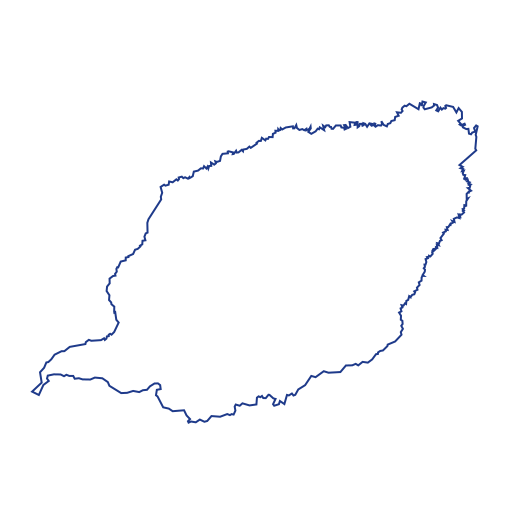 Atalaia do Norte, Amazonas, Brazil, rotated 7°
{"feature_id": "56859067B65485881106504", "entity_name": "Atalaia do Norte", "entity_type": "district", "adm_level": 2, "iso_a3": "BRA", "parent_name": "Brazil", "parent_adm1": "Amazonas", "projection": "mercator", "projection_center": [-71.422, -5.671], "detail": "fine", "context": "isolated", "style": "outline", "palette": "blue", "viewbox_px": 512, "rotation_deg": 7, "n_neighbors": 0, "source": "geoboundaries", "source_scale": "gbopen_adm2", "svg_char_len": 6096}
<svg xmlns="http://www.w3.org/2000/svg" viewBox="0 0 512 512"><g transform="rotate(7 256 256)"><path d="M57.4,420.4L60.7,409.9L65.5,405.3L63.5,403.1L63.9,400.1L69.8,398.1L76.5,397.4L80.1,398.7L82.3,397.0L85.3,397.8L89.2,397.3L91.0,399.9L95.1,398.9L98.9,399.6L106.6,398.8L110.9,396.3L118.4,396.1L124.3,399.2L126.3,402.7L138.9,408.5L144.8,407.5L150.5,404.9L156.7,405.3L160.1,403.0L164.1,402.1L166.6,398.3L170.8,394.9L174.2,394.4L176.6,395.8L177.6,399.7L173.9,400.9L173.7,406.4L175.4,407.4L182.3,417.5L188.1,418.1L192.2,420.2L203.4,417.9L206.5,422.7L210.4,425.9L208.6,428.3L209.4,429.6L211.7,428.2L216.5,428.4L220.2,425.2L225.0,426.8L227.7,425.7L231.3,420.3L240.0,419.9L246.7,416.4L249.5,417.1L251.1,415.9L253.1,416.1L254.4,412.0L253.2,408.1L254.0,405.9L258.1,406.6L260.5,403.9L267.8,405.1L274.5,403.3L274.2,396.5L275.7,395.0L277.5,395.6L279.0,394.2L280.5,396.1L283.0,395.9L285.3,392.2L286.3,392.2L290.6,395.2L292.8,395.5L291.0,401.0L292.3,402.4L296.8,400.3L297.4,397.0L302.2,399.5L303.7,390.1L305.6,390.4L308.4,388.1L310.2,389.9L311.9,389.0L314.2,383.3L320.5,378.2L325.5,368.3L329.9,369.0L337.3,362.1L342.2,363.0L353.9,360.9L358.6,353.7L364.8,352.8L368.1,350.9L370.8,352.1L374.7,348.1L380.0,348.2L383.9,344.5L387.1,338.8L388.9,338.4L388.9,336.8L390.9,335.1L393.5,334.3L397.4,329.4L397.5,327.9L404.5,323.9L410.0,316.4L409.0,313.9L410.7,310.4L408.7,307.6L409.8,305.6L409.2,302.5L407.5,301.6L407.2,297.6L404.9,294.7L407.1,293.2L405.9,290.4L407.6,289.2L406.5,287.1L408.4,287.3L409.7,284.8L410.8,285.3L410.7,282.2L412.4,281.0L412.8,278.0L414.0,278.2L413.5,277.2L414.7,277.5L415.8,275.5L417.8,274.7L418.3,272.7L417.4,271.8L420.4,269.8L419.6,267.8L421.9,264.8L420.8,262.3L423.3,260.3L423.0,257.1L423.7,255.4L424.9,255.3L423.7,254.6L425.4,251.0L425.4,249.0L424.0,247.7L425.0,246.2L424.3,244.0L425.3,243.9L425.8,241.2L424.7,238.4L426.8,237.3L425.9,236.2L427.7,235.6L427.7,234.7L429.1,235.2L431.1,232.3L430.4,230.9L432.2,228.8L430.6,228.9L431.1,227.5L433.9,226.6L433.6,225.4L434.9,225.7L434.1,222.7L436.0,223.0L434.6,221.2L436.1,221.3L436.7,218.6L438.3,217.7L436.9,215.7L439.7,211.0L438.8,210.0L441.4,208.4L440.9,206.8L443.0,206.8L441.9,204.1L443.4,203.8L444.7,201.0L445.3,202.5L445.3,200.4L447.6,198.7L446.6,197.4L448.9,198.0L447.8,195.0L450.8,193.2L453.4,193.6L452.3,190.8L453.7,191.6L453.1,189.9L455.0,189.9L457.2,187.4L456.1,186.1L455.8,186.9L455.7,185.7L456.7,185.3L455.5,184.2L456.8,183.4L456.6,180.1L457.6,180.2L457.4,181.0L458.5,180.5L458.0,176.0L459.5,172.9L458.2,173.7L457.5,168.7L459.0,166.7L459.5,168.0L459.5,166.3L461.5,165.0L458.1,162.8L459.8,162.3L460.1,160.1L458.9,159.6L460.1,158.8L458.1,158.2L459.1,156.9L456.6,156.3L457.3,155.5L456.7,154.1L455.5,154.5L455.6,153.1L453.3,153.7L453.8,150.2L451.9,150.2L451.1,148.6L451.9,146.0L450.2,146.6L451.0,144.4L448.4,143.9L450.3,142.3L446.9,140.9L461.7,124.3L460.6,122.8L460.2,110.9L459.3,109.0L460.2,100.3L458.6,99.6L456.8,102.4L458.5,105.8L455.6,107.1L454.6,109.0L452.5,108.6L451.3,103.9L449.3,104.4L445.7,103.1L445.0,101.9L447.5,100.3L446.9,99.3L443.5,101.3L442.2,100.7L443.1,99.8L440.2,97.2L443.7,94.4L442.8,87.9L439.1,84.5L437.4,89.1L433.5,84.0L426.4,83.2L425.6,84.0L426.6,85.9L425.9,86.7L424.0,86.4L422.6,88.0L421.0,86.3L419.2,90.2L417.2,89.5L418.6,86.5L417.3,84.1L414.1,83.5L414.4,85.0L412.3,87.1L405.6,89.8L404.1,88.3L404.1,86.8L405.8,82.9L402.4,82.4L402.2,86.9L401.1,84.6L400.0,84.4L399.4,90.5L389.7,86.2L387.0,89.0L385.2,88.7L383.2,90.9L382.7,92.7L383.8,94.2L382.4,96.2L378.4,96.2L380.5,99.4L377.2,101.0L377.1,104.3L373.9,105.5L373.1,107.8L370.7,108.9L370.1,111.4L366.7,110.3L364.0,106.9L365.0,109.6L364.2,111.3L361.0,111.3L358.9,113.1L358.0,112.5L358.3,110.2L357.3,110.0L357.1,111.5L354.8,112.6L354.0,111.9L354.8,110.7L352.4,110.5L350.5,114.2L348.3,111.5L346.5,111.1L346.9,113.0L345.8,113.7L345.0,111.9L343.0,112.2L342.6,114.6L341.2,115.9L340.5,110.7L339.4,110.8L339.0,113.6L337.9,113.9L338.1,111.6L332.6,111.7L333.9,116.2L331.7,117.8L329.0,115.0L327.5,115.4L329.8,118.8L328.5,119.6L327.9,118.0L325.1,118.0L324.1,116.1L319.4,116.7L317.0,120.4L315.5,120.5L314.8,118.8L313.4,118.8L312.3,117.4L309.8,117.8L309.0,119.7L306.7,118.4L308.3,122.8L303.6,120.5L303.1,122.5L301.7,122.1L300.0,125.0L296.0,128.0L292.8,126.4L294.8,122.7L294.4,120.9L293.6,123.2L290.6,125.1L290.4,123.7L288.6,125.3L286.5,124.4L283.7,125.6L281.0,123.9L280.0,121.1L278.6,124.6L277.3,124.8L276.8,122.8L269.9,124.8L266.6,127.2L264.9,126.0L264.7,128.0L263.7,128.5L262.6,127.4L262.7,129.1L260.0,129.3L260.4,131.2L257.9,132.7L258.0,136.0L254.4,136.3L253.6,138.3L251.8,138.3L251.2,140.1L247.4,138.0L246.8,141.2L244.8,141.4L242.7,143.6L243.2,144.4L237.6,149.3L236.1,148.2L233.8,150.8L230.3,151.9L230.3,153.6L228.8,152.4L226.0,155.3L224.2,155.7L223.4,154.0L221.5,157.4L220.5,157.7L220.8,156.0L216.0,155.4L215.2,155.8L215.6,157.5L210.3,158.7L209.0,161.4L208.7,166.0L205.7,167.4L204.1,167.0L204.9,168.9L203.4,170.4L199.9,168.7L200.6,172.0L198.5,172.4L198.0,175.1L197.0,173.2L196.1,175.2L193.5,173.2L192.8,175.6L190.6,175.7L188.1,178.3L184.0,179.8L183.5,184.5L181.4,186.2L180.3,186.9L180.1,186.0L178.9,187.5L176.0,186.5L174.4,187.6L172.7,186.3L169.7,187.5L170.2,189.1L169.2,190.6L167.6,189.6L164.3,193.0L160.7,192.6L160.6,195.9L157.5,197.2L156.1,196.4L152.9,199.1L155.2,204.7L154.3,208.8L155.0,211.4L144.8,232.6L144.1,236.3L145.5,246.0L143.8,247.0L142.9,250.4L144.3,253.9L141.5,254.7L141.7,258.3L139.6,259.9L140.1,260.6L137.7,263.4L135.2,264.5L133.8,269.0L129.3,271.7L129.5,272.6L126.9,273.4L127.2,276.2L122.4,278.0L120.6,284.1L119.7,284.0L119.0,285.8L119.7,288.5L118.3,290.9L118.9,292.6L116.5,293.3L113.4,296.3L114.1,301.0L111.9,304.5L112.0,309.0L115.3,312.8L115.5,317.6L117.9,319.7L118.4,321.5L121.5,323.5L122.0,328.5L122.3,329.5L123.1,328.9L125.1,336.3L127.8,338.8L124.5,348.7L122.2,351.7L120.7,351.0L119.4,352.1L119.6,353.5L117.8,354.0L117.6,356.2L116.2,357.7L115.2,356.2L112.4,358.4L102.9,360.2L100.3,359.6L97.6,362.2L97.4,364.2L82.2,368.9L77.4,373.8L74.6,374.2L68.1,378.5L65.4,383.5L62.8,386.6L60.9,387.2L59.3,392.8L55.8,397.7L58.7,407.8L50.3,417.9L57.4,420.4ZM453.6,154.0L454.6,153.4L455.0,153.6L454.4,154.6L453.6,154.0Z" fill="none" stroke="#1e3a8a" stroke-width="2"/></g></svg>